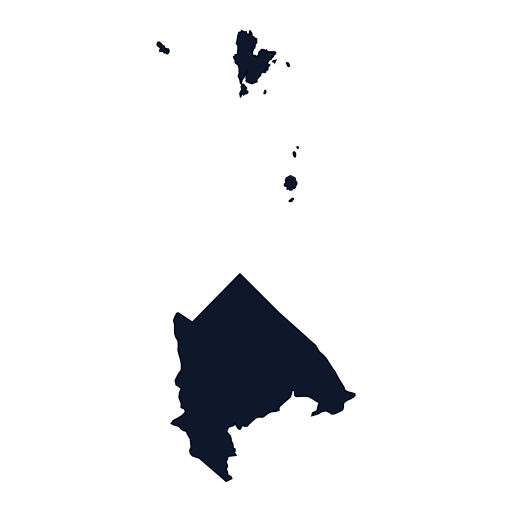 the district of Kuala Nerus, Terengganu, Malaysia
{"feature_id": "92858781B78340444844195", "entity_name": "Kuala Nerus", "entity_type": "district", "adm_level": 2, "iso_a3": "MYS", "parent_name": "Malaysia", "parent_adm1": "Terengganu", "projection": "albers", "projection_center": [103.024, 5.525], "detail": "fine", "context": "isolated", "style": "filled", "palette": "ink", "viewbox_px": 512, "rotation_deg": 0, "n_neighbors": 0, "source": "geoboundaries", "source_scale": "gbopen_adm2", "svg_char_len": 5848}
<svg xmlns="http://www.w3.org/2000/svg" viewBox="0 0 512 512"><path d="M226.2,481.3L231.7,478.5L230.9,476.7L229.7,476.1L227.8,474.9L227.3,471.4L226.0,469.4L227.5,466.1L227.1,464.5L226.2,462.8L226.0,461.4L226.9,460.1L227.5,458.3L227.5,457.0L228.9,456.1L235.9,455.3L235.3,454.1L233.7,451.9L235.1,451.1L234.8,448.8L233.3,449.3L232.8,444.2L231.1,440.7L231.1,438.7L230.0,435.6L228.0,433.5L226.9,431.8L226.9,430.2L227.8,428.9L228.2,427.3L231.1,426.2L232.8,425.8L234.1,424.9L234.2,423.2L235.5,424.0L238.2,428.5L239.9,429.3L241.0,428.0L241.3,426.3L243.5,425.2L244.4,426.2L247.4,426.0L248.5,424.3L252.5,420.7L254.8,418.7L257.2,417.2L260.1,416.9L261.8,417.2L263.8,416.5L266.7,414.1L268.7,412.8L271.4,411.6L276.2,411.2L279.1,409.9L278.7,408.1L279.6,406.3L290.2,397.0L291.3,393.9L292.0,390.4L294.6,390.4L294.8,395.3L296.2,396.4L305.0,396.1L308.4,396.4L312.1,398.3L316.5,401.2L318.7,402.3L319.0,403.5L318.1,406.1L317.2,410.7L312.6,413.0L311.9,415.6L317.2,414.1L318.8,413.4L320.9,412.1L323.2,411.2L325.8,410.7L329.8,412.5L331.4,413.9L334.0,413.9L339.8,411.4L342.6,409.6L343.3,407.6L343.3,404.5L344.0,402.3L347.5,399.9L350.9,398.6L352.0,397.7L353.3,397.2L354.8,395.7L354.9,394.1L353.1,393.3L347.7,391.9L344.9,390.4L343.9,387.3L338.5,378.7L334.8,371.6L332.5,368.5L326.3,358.8L323.4,355.4L319.1,351.7L315.7,345.7L279.0,312.9L239.9,273.9L192.4,322.3L178.1,312.9L176.7,313.5L174.7,317.5L173.6,320.6L174.7,324.6L174.7,332.9L175.8,336.9L178.1,340.9L178.4,345.1L178.1,350.3L179.3,355.1L180.7,359.7L181.5,364.5L181.5,369.9L178.4,374.2L175.3,380.2L176.1,384.7L181.5,388.4L179.8,392.1L179.0,397.3L181.2,403.0L181.2,407.5L184.7,408.9L185.5,412.1L183.2,414.6L181.8,415.8L178.1,418.1L173.3,420.6L171.3,423.5L174.1,424.9L179.0,426.3L181.2,428.9L183.2,430.3L186.4,431.2L187.5,434.0L190.4,439.1L191.2,447.1L189.8,450.5L190.4,453.4L192.4,455.7L199.5,458.2L226.2,481.3ZM243.8,31.9L243.6,31.6L242.5,31.0L241.5,30.7L241.3,31.5L240.5,32.4L239.2,32.3L238.9,32.5L238.7,33.1L238.7,34.4L238.1,34.8L237.1,41.0L236.4,43.4L238.1,45.7L237.9,47.9L238.1,48.8L237.7,51.1L237.7,53.8L237.2,54.5L235.4,54.7L234.9,56.1L233.6,56.8L234.1,58.4L235.0,59.6L235.3,62.1L235.7,63.1L237.9,64.8L238.5,65.9L239.2,68.5L239.2,71.6L239.5,73.0L238.4,75.7L238.4,76.4L239.8,79.4L240.2,80.6L240.2,81.9L240.7,83.3L241.2,83.8L241.3,81.6L241.8,81.2L241.2,80.3L241.4,79.8L241.8,79.4L241.9,79.8L242.3,79.7L242.4,79.1L243.2,78.3L243.2,77.5L243.7,77.0L244.1,77.0L244.6,75.1L245.2,74.7L245.6,74.1L246.9,71.0L247.1,71.9L245.7,74.4L245.7,75.2L246.3,76.2L246.3,76.8L246.0,77.9L246.6,79.4L246.6,79.8L246.1,80.3L246.1,80.8L246.5,81.7L248.4,82.2L249.6,83.0L250.9,82.9L251.2,83.3L251.8,83.6L252.7,83.5L254.7,82.3L255.4,82.4L257.0,81.7L257.0,81.1L256.6,80.4L256.9,79.3L258.5,77.3L260.2,75.7L260.6,75.0L260.8,73.4L262.4,72.1L265.2,72.5L265.7,71.8L265.7,70.8L265.0,70.6L265.2,69.5L266.2,69.4L266.2,70.0L267.6,69.9L267.7,69.6L267.6,68.4L268.0,67.9L268.0,66.2L268.5,65.9L269.4,65.8L269.8,65.1L269.2,64.7L268.4,64.8L267.8,63.9L267.4,62.1L268.6,61.1L269.0,60.1L271.1,59.2L271.1,58.5L271.4,58.0L272.3,57.5L272.5,56.8L273.3,56.5L273.3,55.9L273.8,54.9L275.3,53.9L275.6,52.6L275.3,52.2L273.4,51.7L272.8,51.9L272.6,52.3L272.0,52.5L271.5,51.8L270.3,51.9L270.0,52.3L268.4,52.7L268.9,51.8L268.2,51.6L266.8,52.1L266.5,51.6L266.9,50.5L266.4,50.0L265.8,51.2L265.0,51.0L264.3,49.9L264.0,49.7L261.7,49.5L260.6,50.4L260.3,51.2L258.9,52.5L258.8,54.8L258.2,55.2L258.2,55.7L255.9,56.6L255.6,56.5L255.1,55.5L254.1,55.6L252.9,55.4L252.4,54.1L252.5,51.3L253.2,50.0L253.3,48.8L254.6,47.9L254.8,46.6L255.2,45.7L255.1,45.2L254.2,45.1L253.9,43.9L255.0,43.9L256.6,42.8L256.4,39.7L256.5,38.8L256.1,38.6L255.5,38.8L255.2,38.3L254.5,38.2L253.6,37.2L253.6,36.8L253.3,36.7L253.0,37.0L252.4,37.0L252.4,36.4L251.9,35.8L251.8,33.9L251.5,33.7L251.4,32.7L251.0,32.4L250.3,31.0L250.0,30.9L249.6,31.5L249.8,32.7L249.4,33.2L249.1,34.5L247.8,34.6L247.4,34.5L246.3,33.0L246.4,32.4L246.1,31.7L244.7,32.3L244.4,32.0L243.8,31.9ZM291.2,176.9L291.2,176.0L290.5,175.9L289.6,176.2L288.6,177.0L286.9,177.7L286.3,178.3L285.5,180.1L285.5,180.9L286.2,181.6L286.1,182.8L285.2,183.3L284.5,184.4L284.5,185.3L285.1,186.2L285.5,186.3L286.6,185.9L287.3,187.0L287.6,188.4L287.1,188.7L287.2,189.1L288.4,188.8L289.1,188.9L289.8,190.0L291.8,190.0L292.4,188.7L294.6,188.2L295.4,186.8L295.6,185.8L296.5,184.6L296.7,183.6L296.7,182.5L295.4,180.7L295.5,180.1L294.9,179.7L295.2,178.7L295.0,178.2L293.4,177.1L291.2,176.9ZM165.2,48.7L163.9,46.0L161.5,44.7L161.1,43.6L160.4,43.3L159.6,42.3L157.9,42.3L157.5,43.1L157.5,43.8L157.1,44.6L157.4,45.4L160.4,47.8L160.5,48.9L159.8,50.1L159.9,51.3L163.0,51.2L163.4,51.4L164.2,52.8L165.1,52.9L166.6,52.6L166.8,53.7L167.9,53.6L167.9,52.0L168.3,51.9L168.8,52.1L169.0,51.5L169.0,50.7L168.4,49.3L168.1,49.0L167.5,49.2L166.9,48.8L165.2,48.7ZM245.3,86.5L244.3,86.1L244.4,85.6L244.1,85.1L243.0,84.2L241.3,86.4L241.2,86.7L241.8,88.9L241.8,89.8L240.3,92.4L239.9,93.5L240.5,96.7L241.2,96.0L241.2,94.5L241.8,94.0L242.8,94.0L243.6,94.9L244.6,93.8L246.6,93.6L247.7,92.7L247.7,91.6L247.4,91.2L245.9,90.4L245.7,88.7L246.5,88.2L246.4,87.4L245.4,87.1L245.3,86.5ZM295.1,156.9L295.3,156.7L294.9,156.2L295.5,155.7L295.5,155.0L295.4,153.2L294.4,151.9L293.9,152.0L293.3,152.7L293.3,154.0L294.4,156.7L295.1,156.9ZM293.1,198.5L292.2,198.5L290.3,200.1L290.1,200.5L289.5,200.6L289.3,201.1L290.2,201.6L290.8,201.2L291.8,201.2L292.0,200.5L293.3,199.3L293.1,198.5ZM287.7,63.3L286.9,62.7L286.6,63.2L286.7,63.9L287.5,64.3L287.8,64.9L287.6,65.4L287.8,65.9L288.2,66.4L288.8,66.5L289.4,65.9L289.3,65.2L288.6,65.0L288.7,64.2L288.4,63.9L288.6,63.5L288.4,63.2L287.7,63.3ZM265.1,93.5L265.7,92.5L265.7,90.9L265.3,90.4L265.0,90.5L264.1,93.0L264.3,93.6L265.1,93.5ZM274.7,62.5L275.7,60.4L274.8,60.7L273.9,60.6L272.9,61.3L272.9,61.7L273.3,62.0L274.5,61.9L274.7,62.5ZM297.8,146.8L297.2,146.8L297.1,147.2L297.7,148.3L298.1,148.1L298.3,147.4L297.8,146.8Z" fill="#0f172a" stroke="#020617" stroke-width="1.5"/></svg>